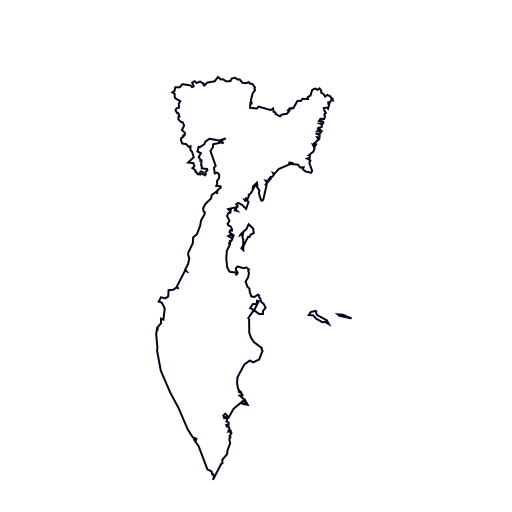 the Region of Kamchatka, rotated 336°
{"feature_id": "RUS-3468", "entity_name": "Kamchatka", "entity_type": "Region", "adm_level": 1, "iso_a3": "RUS", "parent_name": "Russia", "parent_adm1": "", "projection": "orthographic", "projection_center": [164.844, 57.899], "detail": "fine", "context": "isolated", "style": "outline", "palette": "ink", "viewbox_px": 512, "rotation_deg": 336, "n_neighbors": 0, "source": "natural_earth", "source_scale": "10m", "svg_char_len": 6122}
<svg xmlns="http://www.w3.org/2000/svg" viewBox="0 0 512 512"><g transform="rotate(336 256 256)"><path d="M389.4,145.0L388.0,144.3L385.7,145.9L386.1,145.4L384.5,145.0L384.0,146.3L385.1,146.6L381.8,150.6L381.6,149.5L378.1,148.4L377.6,151.4L378.0,153.7L376.1,154.2L375.8,156.5L374.0,158.6L370.7,156.9L368.5,158.3L371.6,160.1L372.0,161.1L371.4,162.1L368.2,161.0L369.7,162.8L368.4,164.9L364.9,164.3L364.3,164.8L365.8,166.5L363.3,166.8L366.6,168.8L364.0,170.2L360.4,168.2L363.3,171.4L361.6,174.7L361.1,174.9L360.8,172.7L360.1,172.3L360.3,175.2L355.0,176.8L356.4,178.4L353.7,180.2L354.3,179.0L353.2,177.7L353.3,181.5L350.9,184.0L345.3,185.4L346.2,186.1L345.1,188.1L342.3,187.8L344.6,190.8L342.6,192.6L341.9,201.1L340.2,202.4L335.7,199.0L334.0,195.8L335.6,194.3L332.5,193.3L331.4,189.5L325.4,186.3L326.8,185.7L324.6,184.2L323.6,185.4L324.0,185.9L312.1,185.8L306.3,188.4L305.4,187.3L305.5,188.9L303.1,190.3L301.6,189.8L301.0,191.1L299.7,189.8L300.2,191.5L299.0,191.3L299.3,191.9L297.8,193.0L295.5,191.1L295.9,193.8L293.9,194.6L294.4,195.7L285.4,207.7L283.5,207.8L283.4,205.6L284.2,199.8L285.7,197.7L284.9,192.3L285.9,192.3L286.7,189.4L281.9,191.1L280.7,192.7L281.5,192.9L282.3,191.6L282.8,191.2L284.6,190.6L277.3,196.3L274.5,197.2L274.3,196.1L274.3,197.8L271.4,200.6L270.4,199.7L270.9,198.6L269.4,200.2L268.3,199.6L268.6,201.3L270.0,200.9L271.2,203.5L266.1,209.0L264.2,203.8L261.3,200.2L259.0,200.8L259.7,202.5L259.3,203.4L256.2,204.8L257.2,207.2L255.2,205.7L257.4,203.3L249.6,201.8L250.3,203.8L251.8,203.4L250.3,205.9L248.2,205.6L245.8,207.7L246.1,213.1L243.2,215.0L243.0,216.4L245.0,219.1L244.8,222.4L243.8,223.8L244.5,222.1L242.3,222.3L241.4,223.8L244.0,228.0L242.6,229.3L242.6,227.6L241.4,226.3L238.7,226.5L241.3,230.0L241.2,231.1L238.5,232.7L238.7,230.7L237.6,233.2L235.6,233.5L237.1,233.5L237.1,234.7L231.6,239.3L227.9,246.0L225.1,254.5L225.3,258.9L226.1,260.2L231.4,263.1L229.9,265.6L232.4,263.9L232.0,260.3L232.6,259.0L235.0,258.1L239.4,261.9L242.5,262.6L244.1,265.5L242.8,266.5L242.7,268.6L240.2,272.2L236.1,275.2L235.7,280.6L236.7,283.2L235.6,286.7L235.3,291.1L238.0,292.8L242.1,292.1L242.7,293.3L242.1,295.1L242.6,296.7L242.1,299.8L243.6,303.3L243.7,307.2L239.9,309.1L238.8,311.8L235.4,310.4L232.7,305.8L231.5,305.5L240.1,298.4L238.7,297.3L237.0,300.3L233.6,298.6L229.5,301.2L232.1,304.5L223.7,309.6L224.0,310.9L218.6,323.4L218.2,328.3L219.0,333.7L223.9,342.5L223.2,343.5L223.4,345.3L216.8,351.8L210.2,352.0L207.8,349.0L201.3,350.3L189.7,359.3L187.0,364.4L185.7,369.4L185.9,372.2L185.0,373.1L186.4,375.1L185.9,373.0L186.8,373.6L187.0,377.7L184.3,376.9L186.9,382.2L185.8,383.8L186.6,385.3L187.5,384.0L187.9,388.6L183.4,385.4L184.4,383.3L173.3,386.5L165.4,392.4L163.8,387.6L161.3,388.4L161.0,391.2L162.5,391.8L162.2,390.6L164.4,392.1L161.7,395.1L163.2,397.1L162.4,398.8L160.1,398.3L160.0,400.0L161.6,400.8L161.5,403.1L159.5,404.9L161.5,404.9L161.9,405.7L160.7,406.5L161.5,407.8L158.5,409.9L159.0,411.1L157.1,412.4L156.2,416.7L151.1,421.7L149.1,425.2L142.4,428.4L141.0,431.7L139.5,431.8L125.7,443.0L127.8,440.5L128.1,437.9L127.2,437.6L127.8,434.7L124.8,431.2L126.2,406.6L124.6,397.8L125.8,400.3L127.2,398.7L124.5,396.0L123.1,386.5L123.4,363.3L122.1,345.5L122.4,322.0L127.2,301.9L128.6,299.8L133.1,286.6L136.5,281.3L137.3,281.0L135.7,283.0L135.2,284.3L137.8,280.8L141.9,278.8L143.7,274.6L145.5,276.5L151.3,266.8L151.0,260.4L148.6,258.1L152.4,255.1L155.9,257.8L159.3,257.3L162.3,251.6L166.6,253.2L170.7,252.4L172.2,254.5L170.8,252.1L185.2,240.5L186.3,241.7L185.8,239.6L190.6,235.8L194.1,231.0L194.4,227.5L195.6,225.3L203.5,218.6L206.1,213.5L211.0,212.0L217.4,205.5L220.2,201.2L226.2,196.8L227.0,195.0L226.3,194.1L227.0,191.0L230.8,187.9L238.2,185.2L240.5,182.2L245.9,181.1L245.8,183.3L247.4,180.4L251.6,179.1L252.0,178.1L251.4,177.5L248.2,175.8L250.0,174.2L250.6,171.9L254.2,169.5L255.5,166.5L254.5,164.1L251.9,163.8L253.5,158.3L255.8,157.3L257.1,141.6L260.8,139.1L262.3,136.5L271.0,138.3L271.9,140.0L271.8,138.8L269.7,136.5L276.3,136.2L269.5,135.6L261.2,130.0L256.3,130.9L254.4,132.8L248.9,133.8L248.0,132.9L245.0,136.7L247.5,139.6L243.9,142.3L244.5,145.4L243.9,146.3L245.1,146.7L242.8,150.6L243.2,151.2L242.1,153.9L246.7,156.6L246.5,157.9L243.7,158.9L243.2,159.8L243.6,160.8L242.4,161.6L240.4,159.2L241.5,157.9L240.2,156.3L237.4,157.6L239.3,159.4L235.9,157.5L235.6,155.0L234.9,154.5L235.5,152.9L233.7,149.9L236.2,149.0L236.6,145.7L232.0,143.0L239.3,140.4L240.0,134.8L239.2,132.5L240.8,129.1L239.1,129.1L237.6,125.3L234.3,123.2L234.7,119.1L235.8,117.8L238.4,117.5L238.5,116.3L240.5,116.2L241.1,114.5L239.6,110.8L243.3,107.7L243.5,104.2L242.2,103.4L240.6,99.5L241.8,97.3L242.7,97.4L242.5,96.6L243.2,95.6L242.9,93.6L242.1,93.4L241.7,90.2L243.6,88.7L246.0,89.2L247.4,85.5L249.8,83.8L246.5,79.2L246.5,77.1L247.7,74.7L246.1,72.5L248.8,72.0L250.9,69.0L254.9,70.9L258.6,69.1L265.6,73.5L266.2,75.6L267.2,75.8L268.2,75.5L268.3,71.6L271.0,71.3L272.1,73.8L275.9,73.9L278.4,77.6L277.6,78.3L278.2,79.3L282.0,77.7L289.2,79.6L294.1,77.0L295.8,80.5L297.5,80.9L300.0,84.5L303.8,85.8L306.0,84.0L309.3,84.6L311.0,87.3L312.9,88.1L314.1,92.3L317.2,94.1L320.1,94.1L320.5,96.0L322.7,97.4L323.6,101.7L322.7,102.5L322.5,104.2L319.2,105.9L314.5,112.0L314.4,113.6L313.3,113.7L313.8,115.0L312.4,115.2L310.8,118.2L316.8,121.6L319.2,120.6L328.7,128.6L331.6,128.2L330.7,131.5L332.2,132.9L331.6,134.1L334.8,138.2L336.8,137.3L342.3,138.6L345.1,137.2L344.4,136.0L346.6,134.9L347.3,136.0L348.4,135.1L350.2,136.2L356.9,131.2L360.0,132.6L362.3,131.3L367.3,133.7L367.7,132.0L371.1,131.5L374.7,127.3L377.0,127.0L378.5,127.3L379.6,129.2L382.2,128.7L382.8,131.5L382.0,133.3L383.6,135.6L384.0,138.5L386.8,137.9L388.9,140.5L389.0,142.4L389.9,143.4L389.1,144.0L389.4,145.0ZM264.6,229.9L263.2,234.2L260.0,234.2L257.8,236.0L256.6,235.3L252.0,238.9L248.2,242.4L246.8,245.5L245.8,243.0L248.6,241.1L251.1,235.6L251.2,233.3L253.1,230.6L250.0,230.6L250.8,229.9L258.3,227.4L262.2,224.0L264.6,229.9ZM294.5,343.5L294.9,347.9L292.2,344.1L289.9,343.7L285.5,337.8L284.0,333.4L280.2,331.4L283.2,329.5L288.0,330.3L288.6,331.1L287.6,332.6L288.1,335.2L294.5,343.5ZM311.6,345.1L317.9,351.9L307.9,344.6L306.9,342.5L311.6,345.1Z" fill="none" stroke="#020617" stroke-width="2"/></g></svg>